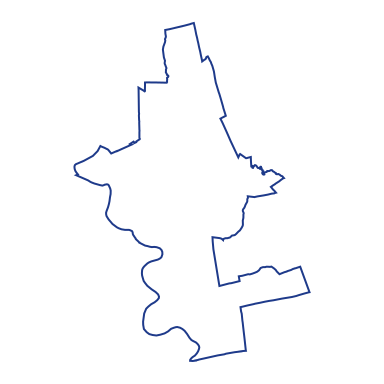 Doljesti, Neamt, Romania
{"feature_id": "2599482B42576561544247", "entity_name": "Doljesti", "entity_type": "district", "adm_level": 2, "iso_a3": "ROU", "parent_name": "Romania", "parent_adm1": "Neamt", "projection": "mercator", "projection_center": [26.991, 47.029], "detail": "fine", "context": "isolated", "style": "outline", "palette": "blue", "viewbox_px": 384, "rotation_deg": 0, "n_neighbors": 0, "source": "geoboundaries", "source_scale": "gbopen_adm2", "svg_char_len": 5991}
<svg xmlns="http://www.w3.org/2000/svg" viewBox="0 0 384 384"><path d="M309.5,292.2L300.2,266.7L295.4,268.3L294.6,268.4L293.8,268.8L293.3,268.8L291.0,270.0L287.2,271.2L286.9,271.5L284.4,272.2L279.5,274.2L276.7,271.4L275.8,270.0L274.0,268.4L271.4,266.6L269.9,266.9L269.2,266.8L266.7,266.7L266.2,266.8L265.3,267.1L263.1,267.1L261.6,267.6L260.6,268.0L259.5,269.6L259.0,270.3L257.2,271.7L255.4,272.5L252.5,273.6L249.8,274.4L248.2,274.2L242.2,275.8L238.8,276.3L239.6,281.1L231.2,283.2L229.3,283.4L219.4,286.0L218.8,282.4L213.4,249.3L212.7,241.4L212.5,237.2L219.6,238.1L220.8,238.4L221.8,238.9L223.1,240.1L223.2,239.6L223.4,239.0L224.6,238.5L225.6,238.2L227.4,238.2L228.7,237.8L229.7,237.6L230.4,237.1L231.9,235.6L234.3,235.2L235.2,234.8L236.4,233.7L238.3,231.7L239.9,230.4L241.5,228.0L242.5,226.2L242.8,225.3L242.9,224.6L242.8,220.4L243.3,218.3L243.4,217.3L243.4,214.6L243.7,213.3L243.6,212.8L242.9,211.2L242.8,210.7L242.9,209.9L243.1,209.4L243.5,208.8L244.3,207.8L244.9,206.5L245.5,204.8L247.0,202.1L247.2,201.6L247.3,201.0L247.3,199.1L247.8,198.2L247.9,197.7L247.9,196.9L247.8,196.3L254.6,197.1L254.8,197.0L257.5,196.4L263.7,195.4L267.9,194.6L271.9,193.6L274.2,193.4L274.5,193.2L274.9,193.0L276.0,192.7L275.3,191.9L274.3,190.7L273.3,189.8L272.4,188.8L272.1,188.3L270.9,186.9L273.7,184.9L274.2,184.7L275.2,184.0L275.3,183.8L279.4,181.2L280.4,180.3L283.2,178.3L283.9,178.1L283.4,177.5L283.0,177.3L282.8,176.8L282.4,176.3L280.8,175.7L279.7,174.7L278.3,174.0L278.1,174.0L277.7,174.2L276.6,174.2L276.1,174.0L275.9,173.8L275.9,173.1L275.2,172.7L274.7,172.5L274.1,171.9L272.9,171.3L272.7,171.2L272.5,170.7L272.2,170.3L271.6,170.1L271.0,170.1L270.7,170.2L269.9,170.7L269.2,171.0L268.4,171.1L267.2,171.0L266.8,171.8L266.4,172.0L264.5,172.4L264.0,172.9L264.0,173.2L264.4,174.1L264.4,174.4L264.0,174.6L263.5,174.6L262.9,174.3L262.3,173.4L262.2,172.9L262.4,172.3L263.1,171.4L263.2,171.1L262.5,170.7L262.4,170.4L262.5,170.1L261.8,169.8L261.5,169.5L261.7,168.7L261.7,168.3L261.5,168.2L261.2,168.4L260.7,168.9L260.0,168.9L259.8,168.7L259.8,168.4L259.9,168.1L260.8,167.3L261.0,167.0L261.0,166.8L260.8,166.7L260.5,166.8L259.8,167.5L258.9,168.0L258.1,168.0L257.7,167.8L257.1,166.9L256.5,166.0L256.3,165.7L255.4,165.2L254.7,165.2L254.2,166.0L253.8,166.5L253.6,166.6L253.4,166.5L253.1,166.3L253.0,166.1L252.7,166.0L252.6,166.5L252.6,166.8L253.1,167.4L253.1,167.7L253.0,167.9L252.5,167.8L252.3,167.6L252.1,167.0L251.7,166.6L251.3,166.5L251.0,161.9L250.8,157.0L248.1,157.7L246.8,158.1L246.0,158.2L240.1,154.0L239.6,154.5L238.3,157.4L230.6,141.0L226.8,132.3L222.5,122.8L221.5,120.8L220.4,118.6L225.8,115.8L223.3,107.9L223.1,106.8L220.8,98.8L219.3,93.8L218.8,92.5L215.8,82.6L214.8,77.2L214.1,72.6L213.9,71.4L213.4,69.6L212.3,65.8L211.2,63.3L211.0,62.4L210.4,61.3L209.9,60.6L209.0,58.6L207.8,56.4L206.8,56.8L206.3,57.2L205.9,58.6L205.3,59.3L204.6,59.6L202.2,61.4L202.1,60.7L200.9,55.3L200.2,51.7L199.1,47.2L198.2,42.8L197.6,40.4L197.2,38.3L196.6,35.9L196.3,34.8L195.3,29.7L193.8,23.0L191.2,23.7L189.9,24.2L184.6,25.6L169.4,29.2L165.2,30.0L165.4,33.7L165.9,36.4L165.7,37.6L165.1,38.7L165.0,39.5L165.3,40.4L165.0,42.2L163.4,46.6L162.9,49.6L163.9,57.4L165.0,60.8L164.7,62.5L164.7,63.7L165.3,65.0L165.8,66.5L166.4,67.9L166.4,68.4L166.0,69.3L165.9,69.9L166.0,70.9L165.8,72.2L166.1,72.8L166.7,73.8L166.9,74.2L166.9,74.7L167.1,75.0L167.5,75.1L168.2,75.6L168.4,76.2L168.1,77.0L167.3,77.5L167.0,77.9L167.2,79.3L167.0,81.2L167.1,82.0L166.7,82.7L157.3,82.5L146.7,82.4L145.0,82.5L145.0,85.8L144.9,89.6L145.0,90.9L144.8,91.3L144.6,91.4L143.6,90.6L138.5,87.6L138.6,90.2L138.9,112.0L139.1,113.8L138.9,115.4L139.1,120.1L139.3,121.6L139.2,122.6L139.4,129.8L139.5,130.4L139.4,132.3L139.4,137.5L139.5,138.2L139.6,138.8L139.8,139.0L139.6,139.3L136.4,141.4L136.1,141.8L136.2,142.2L134.2,143.1L133.9,141.9L133.6,141.6L130.1,143.9L131.6,144.6L120.9,149.4L117.0,151.2L116.9,151.0L111.2,153.5L109.2,151.0L108.2,149.8L107.4,149.2L106.8,149.0L104.5,147.8L101.5,146.6L100.4,146.0L97.6,151.1L92.9,155.9L83.9,160.8L75.9,164.2L74.9,165.1L74.5,166.3L74.5,167.8L74.8,169.4L75.5,171.2L76.6,172.8L77.9,174.4L76.2,175.2L88.1,180.4L90.3,181.8L91.5,182.4L94.3,183.5L100.0,185.1L102.4,185.6L103.7,185.2L104.7,184.7L106.9,184.3L107.8,184.5L108.3,184.8L108.8,185.4L110.2,188.5L110.7,190.6L110.6,194.1L110.0,197.2L109.5,201.2L108.9,204.1L108.0,207.3L106.7,210.7L106.1,212.6L106.1,213.4L106.2,214.7L106.6,216.2L108.6,219.4L112.5,224.0L116.9,227.3L118.6,228.2L121.5,229.3L125.2,229.9L129.1,229.9L130.1,230.2L132.0,231.1L132.4,231.8L132.7,232.7L132.8,233.9L133.3,235.1L134.3,236.5L134.9,237.5L135.7,238.5L135.8,239.1L138.7,241.8L139.3,242.7L139.8,242.7L140.0,243.0L145.1,245.6L147.6,246.1L149.6,246.7L151.8,247.1L154.3,246.9L156.7,247.2L159.8,248.3L161.5,250.0L162.3,251.9L162.4,254.3L161.5,257.0L160.7,257.9L159.6,258.7L157.8,259.6L151.3,261.4L149.0,262.4L147.4,263.4L144.7,265.9L143.7,267.0L142.8,268.3L142.3,269.4L142.1,270.3L141.9,273.2L142.1,275.5L142.7,277.7L143.7,281.0L145.1,283.0L147.3,285.8L151.6,289.3L155.6,292.0L158.1,294.4L159.0,296.6L158.8,298.2L157.2,300.2L154.6,302.3L151.2,304.2L148.3,306.6L146.2,308.7L144.2,313.5L143.1,321.6L143.2,324.9L143.9,329.0L146.7,332.2L149.3,334.1L152.6,335.0L156.4,335.5L160.3,334.7L164.6,333.4L168.1,331.4L171.1,328.8L174.0,327.7L175.7,327.2L177.2,327.0L180.0,327.7L182.4,329.0L184.6,330.8L187.1,334.0L189.5,337.8L191.4,340.0L193.1,341.0L195.9,342.4L197.3,343.7L198.1,344.6L198.9,345.9L199.3,347.3L199.0,348.9L198.1,351.3L196.8,353.4L194.9,355.6L192.6,357.1L191.2,358.4L190.2,359.8L190.1,360.8L192.7,361.0L195.7,360.6L195.6,360.4L198.1,359.9L198.8,359.6L203.4,358.6L217.8,355.4L224.4,354.3L226.0,353.7L234.6,352.2L240.4,351.5L240.3,351.4L243.1,351.0L245.9,350.8L245.8,350.4L245.7,349.5L244.6,339.3L243.2,327.2L242.7,322.6L242.4,320.7L241.8,314.5L241.7,313.6L241.1,311.5L240.5,307.1L242.4,306.7L247.3,305.5L253.7,304.1L255.1,303.7L259.9,302.8L264.9,301.7L269.2,300.9L273.3,300.3L282.0,298.6L291.9,297.0L296.2,296.0L298.9,295.1L304.4,293.5L308.9,292.3L309.5,292.2Z" fill="none" stroke="#1e3a8a" stroke-width="2"/></svg>